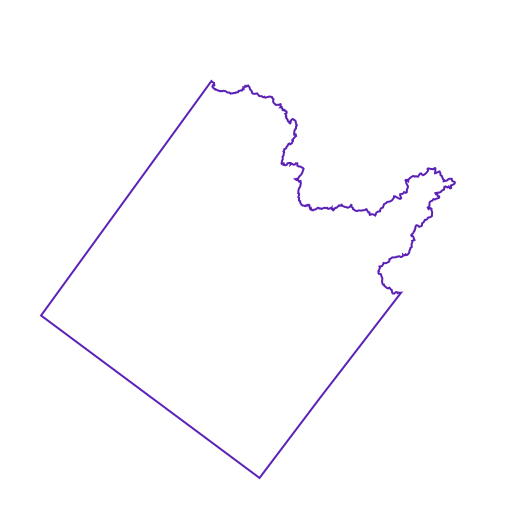 Río Senguer, Chubut, Argentina (Mercator projection), rotated 126°
{"feature_id": "61730980B47831130528254", "entity_name": "Río Senguer", "entity_type": "district", "adm_level": 2, "iso_a3": "ARG", "parent_name": "Argentina", "parent_adm1": "Chubut", "projection": "mercator", "projection_center": [-71.319, -45.327], "detail": "fine", "context": "isolated", "style": "outline", "palette": "violet", "viewbox_px": 512, "rotation_deg": 126, "n_neighbors": 0, "source": "geoboundaries", "source_scale": "gbopen_adm2", "svg_char_len": 6102}
<svg xmlns="http://www.w3.org/2000/svg" viewBox="0 0 512 512"><g transform="rotate(126 256 256)"><path d="M200.5,117.1L201.2,117.8L201.8,119.2L202.8,119.6L202.5,120.6L202.8,121.5L205.3,122.2L205.9,123.4L205.7,124.1L203.7,126.3L203.7,126.7L203.9,127.1L203.2,129.4L204.6,130.1L204.9,131.2L204.7,134.8L203.9,135.6L204.4,136.6L204.1,137.4L202.3,139.2L199.7,140.7L198.7,142.6L197.5,143.9L197.4,144.6L198.2,146.0L197.9,146.8L197.3,147.3L196.3,147.5L196.3,148.0L192.2,148.9L191.9,149.8L190.1,148.2L188.5,148.2L186.6,148.7L186.2,147.7L185.2,146.5L182.6,145.1L181.2,145.3L180.3,146.2L178.8,145.4L177.0,144.9L175.1,142.3L173.7,141.7L173.3,140.8L172.5,140.5L171.9,139.7L171.7,138.2L171.3,137.7L169.3,137.1L168.7,137.6L168.8,137.0L168.0,136.2L166.7,136.0L167.1,135.2L166.7,134.6L165.5,134.1L163.4,134.0L160.9,135.2L160.0,135.1L158.9,135.8L157.2,135.3L155.0,137.1L153.4,137.5L152.4,138.0L152.0,138.6L149.9,137.2L147.9,140.2L147.8,140.9L148.4,141.7L147.9,142.7L144.7,142.3L143.4,142.8L142.6,142.5L141.5,142.8L141.2,143.2L140.1,143.3L138.9,144.1L137.6,144.3L136.8,144.3L136.2,142.7L136.5,141.2L134.6,139.8L133.8,139.7L132.0,140.8L130.1,140.2L127.5,140.6L127.1,140.0L125.8,139.2L123.6,139.3L122.2,137.8L120.2,137.2L116.7,139.5L115.9,141.0L114.6,141.8L114.8,143.2L116.6,143.9L115.9,145.5L113.7,145.1L110.6,147.1L109.5,147.0L107.4,145.8L105.7,145.9L104.8,144.1L103.6,143.8L101.6,142.2L100.4,142.5L100.1,142.9L100.6,144.2L99.8,145.4L100.3,146.6L99.7,147.8L98.4,146.7L97.1,145.1L95.4,144.1L94.1,144.1L92.4,143.4L91.7,142.9L90.0,144.0L89.1,144.2L88.2,143.4L88.4,142.4L88.0,141.4L86.7,141.1L87.2,138.8L86.5,138.1L86.0,138.2L85.0,139.6L84.5,139.9L82.7,138.6L80.9,138.0L79.9,138.1L79.4,138.8L79.9,141.3L79.6,142.1L78.5,143.0L79.7,144.8L81.0,145.6L82.4,145.7L85.2,148.1L83.9,148.8L83.8,150.1L83.2,150.7L83.1,151.3L82.0,152.7L82.2,153.6L82.0,154.5L80.8,155.3L79.7,157.2L83.9,159.7L83.6,160.2L82.3,160.6L79.8,162.3L79.6,162.6L80.0,163.2L81.8,163.7L82.2,164.9L83.0,165.8L83.4,167.4L84.3,168.4L84.9,168.3L85.5,167.2L86.3,166.9L89.3,167.1L92.2,168.1L92.4,168.3L92.5,169.8L92.2,171.0L92.5,171.4L92.9,171.7L96.7,171.6L97.6,173.7L98.5,174.2L98.7,175.7L100.1,176.5L102.1,177.2L104.8,177.6L105.3,178.2L105.6,177.0L106.1,176.8L105.9,178.1L106.2,179.3L106.6,179.6L107.1,179.4L107.4,178.5L108.8,177.2L110.3,174.0L111.9,173.2L113.6,173.0L115.7,171.5L116.8,171.9L117.2,173.7L118.1,173.6L119.5,174.0L121.4,175.7L122.2,175.0L123.8,172.6L124.9,172.8L125.4,173.6L126.0,178.6L126.6,179.4L127.5,178.7L131.1,178.7L133.2,179.7L135.3,181.7L136.5,181.8L138.9,182.9L142.1,181.8L143.7,182.8L145.3,182.8L146.9,181.9L148.1,183.2L149.7,184.0L150.5,184.1L153.1,183.3L153.4,185.5L154.1,186.9L155.8,188.0L155.5,188.6L154.1,189.7L154.1,190.1L154.7,190.7L153.3,194.0L153.3,194.4L155.1,195.0L156.1,196.4L157.3,197.3L158.8,199.8L160.0,200.4L160.7,201.6L160.9,202.7L161.0,203.7L160.8,204.5L161.0,205.1L160.2,205.8L160.2,206.9L159.8,207.8L159.0,208.6L157.9,209.1L161.2,209.0L163.0,210.1L163.1,211.1L163.8,212.1L164.7,215.5L164.3,216.7L163.5,217.5L164.9,216.6L165.2,216.7L166.0,217.6L166.1,218.5L169.7,219.2L170.3,220.1L173.6,220.3L173.7,220.5L172.5,221.3L173.5,222.2L173.3,222.8L172.6,223.2L173.4,223.3L173.6,224.1L175.2,224.9L175.5,225.7L175.2,226.8L176.2,227.5L176.4,228.5L177.4,229.5L179.3,230.5L179.5,231.3L179.8,231.8L179.7,232.0L180.4,232.7L180.2,233.4L180.6,234.3L183.3,235.2L184.7,236.5L185.4,236.6L186.0,237.6L185.5,238.9L185.2,239.4L186.2,239.2L186.2,239.6L185.6,239.9L185.7,240.4L184.5,242.1L183.9,242.7L183.6,242.6L183.4,243.0L183.9,244.0L185.1,244.2L185.3,245.2L186.5,245.1L187.0,246.1L187.1,247.0L187.8,248.0L187.8,249.0L187.1,251.1L186.4,252.0L185.7,252.5L185.9,253.6L185.5,254.2L183.8,255.1L183.5,256.3L180.8,257.3L180.3,257.8L180.4,258.8L179.6,259.0L178.3,260.1L175.9,261.0L174.3,260.9L170.7,262.5L170.3,263.2L169.5,263.6L169.2,264.0L170.5,264.7L169.9,265.8L170.7,267.9L170.7,269.4L168.5,267.4L166.4,267.8L164.8,267.4L161.9,267.4L157.4,268.8L157.2,269.5L157.5,271.7L157.4,272.4L158.5,274.1L158.5,274.9L158.7,275.5L156.8,277.1L157.7,278.3L159.3,278.4L160.2,279.7L160.2,281.1L160.4,281.5L161.7,281.8L160.4,282.4L160.5,282.8L161.4,284.1L162.2,284.5L162.5,285.0L164.0,284.7L165.3,285.6L166.1,287.3L164.9,287.8L164.2,287.5L164.8,288.2L166.3,289.3L166.2,289.7L163.9,290.8L161.8,291.3L160.0,292.9L159.3,292.7L158.0,293.0L157.0,293.8L155.6,294.1L155.3,295.2L154.4,295.1L153.1,295.9L152.2,295.3L150.8,295.0L149.5,295.5L148.5,295.2L146.3,295.6L145.4,295.1L145.6,294.3L145.4,293.8L144.6,293.8L143.8,293.3L141.2,293.7L140.7,294.1L140.8,294.8L140.5,294.8L135.9,294.4L135.3,294.1L134.3,295.4L135.4,296.4L135.2,296.7L132.3,298.4L130.8,298.8L129.3,298.6L127.8,299.7L126.3,299.7L126.1,300.0L126.1,300.7L125.2,301.4L124.8,302.2L124.0,302.7L123.5,303.5L123.4,304.8L123.6,305.5L123.4,306.0L123.6,306.9L124.9,307.3L126.5,307.4L127.2,306.6L128.6,306.3L128.8,307.0L127.7,307.8L128.2,308.6L128.1,309.6L127.3,310.3L127.2,311.0L126.7,311.4L126.6,312.6L125.7,313.8L124.9,313.7L123.9,315.3L123.8,315.9L122.2,315.3L121.2,316.2L121.5,317.8L121.0,318.8L121.3,319.3L121.9,319.3L122.3,320.2L121.2,321.3L121.2,322.3L120.5,322.7L121.3,323.7L120.5,323.7L119.9,324.5L118.8,325.2L118.8,325.6L120.4,326.4L121.3,328.0L122.1,328.6L121.8,331.3L121.1,332.8L119.6,333.9L118.9,333.9L118.6,334.7L118.6,335.8L118.0,336.4L118.0,336.8L118.9,338.2L118.9,338.7L122.4,341.5L122.3,342.9L123.0,343.0L123.5,344.1L123.3,345.3L124.7,347.3L123.8,350.7L125.8,352.6L126.4,353.8L126.4,355.0L125.4,356.0L124.9,357.2L124.7,358.6L123.1,360.8L123.1,361.7L122.7,362.5L123.5,362.9L123.6,364.1L123.9,363.4L124.6,363.5L124.7,364.7L126.3,364.4L126.9,365.4L127.4,364.8L128.0,364.8L128.5,364.1L128.8,364.4L129.0,364.9L130.4,364.6L131.2,365.9L132.6,366.6L132.8,367.1L134.1,366.8L135.6,368.5L136.4,368.6L136.9,369.6L138.4,370.7L139.2,372.0L139.6,372.1L139.4,373.5L140.5,375.2L140.6,377.6L141.2,379.2L142.4,380.0L143.2,381.5L143.8,381.8L144.1,383.3L144.5,383.9L144.6,385.6L145.1,386.4L144.9,386.9L145.4,387.3L145.1,388.0L145.1,389.9L144.6,390.8L143.3,391.3L142.8,390.1L142.4,390.0L140.6,391.8L141.0,393.4L140.7,394.9L430.5,394.9L433.5,122.7L332.7,120.8L200.5,117.1Z" fill="none" stroke="#5b21b6" stroke-width="2"/></g></svg>